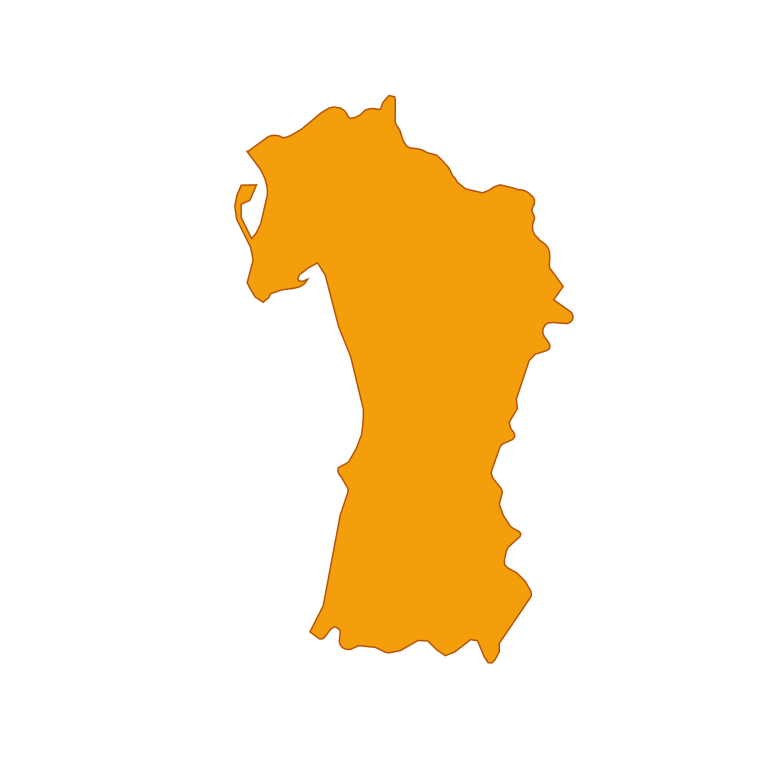 the border of Tarragona, rotated 121°
{"feature_id": "ESP-5846", "entity_name": "Tarragona", "entity_type": "Autonomous Community", "adm_level": 1, "iso_a3": "ESP", "parent_name": "Spain", "parent_adm1": "", "projection": "equal_earth", "projection_center": [0.73, 41.051], "detail": "fine", "context": "isolated", "style": "filled", "palette": "amber", "viewbox_px": 768, "rotation_deg": 121, "n_neighbors": 0, "source": "natural_earth", "source_scale": "10m", "svg_char_len": 2739}
<svg xmlns="http://www.w3.org/2000/svg" viewBox="0 0 768 768"><g transform="rotate(121 384 384)"><path d="M634.6,319.8L605.3,321.9L518.9,354.0L494.7,359.3L492.0,361.4L486.0,372.2L484.6,375.7L482.9,378.3L479.2,380.1L471.0,375.1L468.5,374.2L453.3,374.5L438.8,377.2L425.6,383.2L416.3,388.6L377.4,427.0L358.6,452.0L321.1,490.2L314.4,503.4L323.6,508.7L333.5,512.6L337.8,512.4L339.4,510.2L338.1,506.8L333.5,503.4L339.3,503.8L344.0,506.3L348.0,510.1L356.2,520.4L365.2,527.8L369.5,527.3L376.2,529.7L375.8,539.1L370.8,548.6L367.5,553.5L345.2,560.0L335.7,568.5L318.6,595.2L308.3,603.5L298.2,607.2L287.1,608.8L279.0,595.8L295.7,593.6L303.5,599.1L314.9,592.1L327.5,572.4L320.5,571.3L310.1,572.2L281.6,581.5L274.8,586.0L269.0,592.2L263.8,600.2L255.2,621.2L253.6,619.9L231.8,610.7L228.8,608.3L226.4,604.4L225.2,600.9L225.2,597.9L222.8,594.8L218.8,591.8L208.2,586.0L183.7,577.4L175.6,573.1L172.4,569.7L169.8,563.1L170.0,558.8L171.4,555.3L173.2,552.6L173.8,549.7L170.5,546.2L166.2,543.3L158.6,541.0L154.6,537.1L152.7,533.5L151.7,530.5L150.2,528.5L143.2,530.0L134.2,528.3L132.3,522.8L134.1,521.0L153.0,509.8L155.4,507.3L158.3,501.2L165.0,493.5L166.8,490.6L168.2,487.4L168.4,483.8L164.9,475.7L163.7,471.9L163.5,467.3L162.9,463.7L160.8,457.0L161.6,452.4L162.5,448.7L163.8,445.1L164.6,441.8L165.9,438.8L169.9,432.7L171.4,428.3L173.3,425.0L174.7,414.5L169.4,398.0L163.8,393.7L158.8,391.5L153.5,387.1L149.6,374.7L148.2,368.5L146.7,366.2L145.8,362.8L145.7,359.5L146.2,356.1L147.0,352.5L148.7,349.8L152.4,347.8L155.6,347.7L158.6,346.9L160.7,345.0L162.0,342.6L164.1,340.4L170.3,338.8L173.3,337.4L176.1,335.1L178.3,332.1L180.7,323.7L180.9,319.8L181.5,316.6L183.1,313.1L185.8,310.0L191.1,306.5L195.0,304.6L198.4,302.5L199.3,301.4L208.1,280.7L224.4,281.9L226.1,260.0L228.6,256.8L231.8,255.5L235.1,256.1L238.1,258.4L244.5,271.3L247.4,274.9L250.8,276.3L254.6,276.1L258.2,274.4L260.8,271.1L263.7,264.1L265.8,261.3L268.7,260.4L271.6,261.8L280.4,269.6L289.0,271.7L328.8,262.8L336.4,257.0L352.4,257.0L356.8,252.6L358.8,247.7L360.1,245.9L362.2,244.8L365.4,245.2L374.3,251.5L377.9,252.2L404.9,246.6L408.7,242.1L413.2,229.8L415.8,226.8L427.6,223.3L435.1,214.1L440.7,202.8L441.2,199.5L440.9,192.2L441.8,189.7L444.5,188.8L459.7,193.4L464.2,193.1L473.5,189.9L477.0,187.1L477.9,183.1L477.5,172.8L480.5,161.0L486.2,151.2L488.4,149.4L490.7,148.5L547.0,151.6L554.2,147.3L563.1,146.8L567.4,147.8L569.3,151.1L566.3,157.5L555.9,171.5L558.5,178.1L577.1,185.3L585.3,191.6L584.7,201.7L581.7,214.1L586.3,222.7L604.1,232.7L612.0,241.3L613.3,244.9L614.2,255.8L621.2,270.7L629.0,276.3L630.8,279.4L631.4,283.6L630.2,287.0L627.9,289.6L618.8,294.0L617.4,295.8L617.1,300.7L620.7,303.2L632.1,304.6L634.5,305.8L635.7,308.1L634.6,319.8Z" fill="#f59e0b" stroke="#b45309" stroke-width="1.5"/></g></svg>